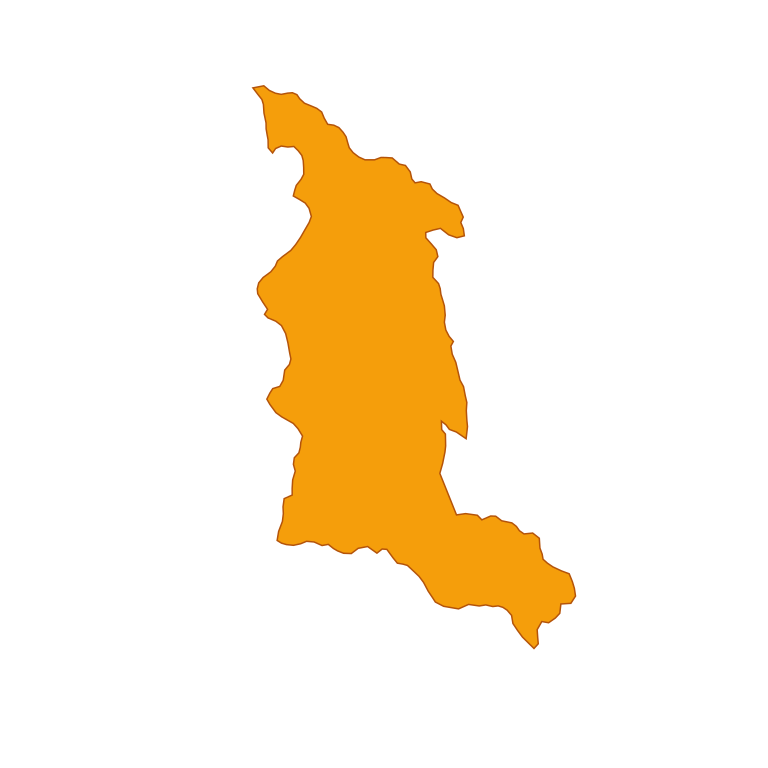 outline of Coronel Macedo, São Paulo, Brazil, rotated 36°
{"feature_id": "56859067B35936391886088", "entity_name": "Coronel Macedo", "entity_type": "district", "adm_level": 2, "iso_a3": "BRA", "parent_name": "Brazil", "parent_adm1": "São Paulo", "projection": "orthographic", "projection_center": [-49.312, -23.631], "detail": "fine", "context": "isolated", "style": "filled", "palette": "amber", "viewbox_px": 768, "rotation_deg": 36, "n_neighbors": 0, "source": "geoboundaries", "source_scale": "gbopen_adm2", "svg_char_len": 3098}
<svg xmlns="http://www.w3.org/2000/svg" viewBox="0 0 768 768"><g transform="rotate(36 384 384)"><path d="M338.9,195.9L331.7,197.7L323.8,197.9L314.9,198.8L308.5,197.9L303.6,195.2L295.2,198.5L290.9,203.0L286.0,201.8L280.6,197.0L272.9,194.6L267.1,197.1L257.8,196.3L252.4,199.7L248.4,202.5L244.6,208.2L236.9,213.8L230.2,215.2L223.0,215.0L217.0,213.3L212.9,210.2L208.0,206.3L202.9,204.4L196.9,203.1L191.3,204.1L185.8,207.0L179.4,204.1L173.7,200.6L167.6,200.5L161.5,201.9L154.6,203.6L148.1,202.8L143.5,201.1L138.7,202.2L135.1,205.3L130.6,210.1L125.2,212.6L118.7,213.9L111.5,213.4L103.9,221.5L111.6,223.8L118.0,225.6L122.1,228.7L127.7,235.4L135.1,242.1L138.7,246.9L142.9,251.0L146.7,254.6L151.5,261.0L158.1,262.6L157.9,257.2L161.0,251.9L166.9,248.8L171.5,244.8L177.5,245.7L183.2,247.4L187.3,250.7L191.7,256.0L195.8,261.5L196.6,267.2L196.3,274.9L197.9,279.7L200.1,285.2L207.0,284.4L213.9,283.9L220.1,285.9L226.8,291.2L228.5,297.3L229.3,305.1L230.3,314.3L230.6,323.1L230.1,330.7L227.0,340.7L225.5,347.1L226.8,352.5L226.5,359.7L223.6,368.9L223.2,375.8L225.5,381.5L228.8,385.2L237.8,389.0L245.9,392.0L246.4,397.9L251.3,398.7L259.5,396.8L266.7,397.0L274.8,401.0L282.0,407.1L289.2,414.1L294.0,418.5L296.0,423.8L295.5,431.1L300.3,440.3L301.1,447.2L296.7,453.1L297.0,458.4L298.1,465.1L303.7,467.6L313.4,470.7L320.8,470.7L328.5,469.8L333.8,469.2L340.7,470.7L348.7,474.0L351.0,480.1L353.5,484.4L355.6,489.7L354.8,496.4L357.9,502.2L363.4,506.6L366.5,515.3L371.1,522.5L375.0,527.8L370.6,535.4L374.5,542.7L378.8,548.1L382.6,554.9L385.4,565.2L389.5,573.4L394.6,573.0L399.4,571.3L405.6,567.7L410.5,562.2L413.8,556.8L420.3,552.9L428.8,551.1L433.2,546.5L439.8,546.8L444.6,546.3L450.8,544.7L457.2,540.4L459.7,532.1L466.3,525.1L477.7,525.0L479.5,518.6L483.5,516.1L493.4,519.3L500.1,521.1L505.2,518.6L509.6,517.0L514.6,517.6L525.3,519.0L532.5,521.2L541.7,525.7L549.1,528.4L553.7,530.2L562.9,528.8L576.5,522.1L582.0,512.6L591.5,507.6L596.2,502.9L602.8,500.1L606.8,496.4L611.5,494.8L616.5,494.6L623.2,496.2L629.1,502.0L637.0,504.9L644.9,507.4L654.1,508.8L660.8,509.8L661.5,503.5L657.4,498.8L652.3,492.7L651.3,483.4L657.5,480.4L660.2,472.6L661.0,466.2L656.4,458.0L664.1,451.6L663.6,443.0L658.1,437.4L652.6,433.2L645.4,428.7L637.4,430.9L628.1,432.7L621.5,432.9L615.7,432.3L612.0,428.7L606.6,425.1L600.3,417.5L591.9,417.2L585.4,423.0L579.8,423.1L574.8,421.4L569.1,421.2L559.6,425.5L552.1,425.3L547.9,428.1L543.0,436.4L536.7,435.3L531.8,437.9L526.2,440.9L519.6,447.3L481.7,423.5L478.1,413.7L473.3,403.2L470.3,397.9L463.1,388.4L457.5,387.0L452.3,380.3L458.2,380.6L463.6,382.3L470.8,380.3L482.6,380.0L476.6,369.4L472.4,364.7L466.2,357.1L461.9,350.3L456.4,345.5L449.9,339.4L443.2,336.2L436.5,330.4L429.4,324.3L421.7,319.8L415.8,314.0L415.1,308.8L408.7,307.2L402.3,304.0L396.5,298.5L393.1,292.4L386.9,285.3L382.1,281.6L377.3,278.0L373.4,273.8L369.1,270.7L360.8,269.0L356.7,263.2L352.7,256.5L352.7,249.3L347.4,244.7L340.9,243.1L331.9,241.1L328.7,236.9L333.3,230.5L338.2,224.9L348.6,225.3L357.0,222.8L361.9,216.9L356.8,211.6L351.2,208.2L350.0,202.4L344.3,199.1L338.9,195.9Z" fill="#f59e0b" stroke="#b45309" stroke-width="1.5"/></g></svg>